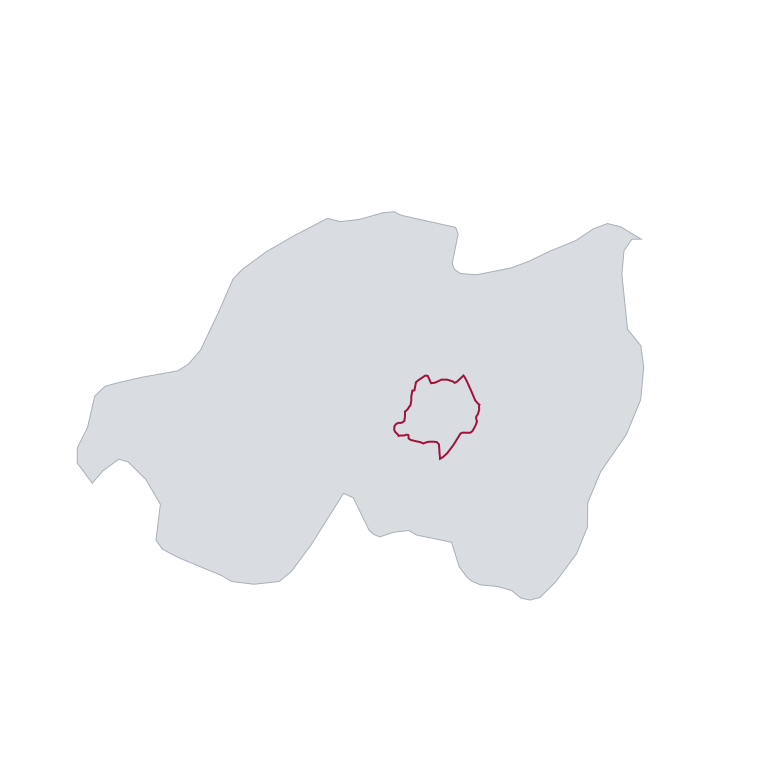 Kigali City on a map of Rwanda (Natural Earth projection), rotated 28°
{"feature_id": "RWA-3495", "entity_name": "Kigali City", "entity_type": "Province", "adm_level": 1, "iso_a3": "RWA", "parent_name": "Rwanda", "parent_adm1": "", "projection": "natural_earth1", "projection_center": [30.091, -1.927], "detail": "fine", "context": "in_parent", "style": "outline", "palette": "rose", "viewbox_px": 768, "rotation_deg": 28, "n_neighbors": 0, "source": "natural_earth", "source_scale": "10m", "svg_char_len": 2423}
<svg xmlns="http://www.w3.org/2000/svg" viewBox="0 0 768 768"><g transform="rotate(28 384 384)"><path d="M312.2,227.1L320.3,226.9L373.7,212.1L379.0,216.7L387.6,245.4L392.1,249.6L399.6,250.6L414.5,244.0L442.0,221.6L454.0,208.0L468.1,188.8L486.1,167.2L496.2,148.4L506.0,137.4L518.9,134.1L533.2,134.9L543.1,135.3L534.9,139.8L533.3,153.6L542.6,175.6L573.3,221.3L592.8,229.6L605.5,247.4L618.0,277.3L621.7,314.6L616.5,359.6L619.6,393.1L630.8,415.0L633.8,443.4L628.4,478.4L621.9,499.3L614.3,506.2L605.6,508.8L593.8,506.4L579.4,509.4L563.7,516.0L553.9,516.9L547.8,515.6L536.2,510.1L518.0,492.0L483.9,502.0L474.7,501.7L462.2,510.3L452.1,520.9L445.9,521.7L439.6,520.2L410.3,498.9L399.6,499.6L395.2,559.5L390.3,592.7L384.3,607.5L363.3,621.8L342.2,629.9L330.6,629.4L284.2,633.8L266.0,633.9L256.0,629.0L243.0,595.1L218.3,580.0L194.7,572.9L185.1,574.9L176.5,592.7L173.0,608.6L150.1,597.7L143.2,584.2L142.6,561.4L134.2,530.3L138.8,517.0L147.8,508.4L166.8,491.9L195.8,469.1L202.0,458.2L206.1,440.1L204.2,397.9L201.4,362.4L204.9,349.7L218.1,322.2L235.8,294.0L256.4,264.2L268.9,261.3L285.2,250.1L302.5,233.4L312.2,227.1Z" fill="#d9dde1" stroke="#a8b0b8" stroke-width="1"/><path d="M421.3,423.0L420.7,422.5L419.1,421.9L417.7,421.4L416.7,421.2L414.5,419.7L413.0,416.2L413.5,413.5L415.3,411.3L417.3,410.4L418.2,409.3L419.3,407.1L417.7,402.7L415.4,398.4L416.2,397.0L416.7,395.2L416.9,393.3L416.9,392.2L417.0,391.7L417.4,390.5L416.7,388.4L416.0,386.2L415.2,384.4L414.5,383.3L414.0,382.4L413.3,380.2L412.6,377.8L412.1,376.8L412.2,376.4L412.9,376.1L413.8,375.3L412.8,371.9L411.4,367.5L412.5,364.6L414.6,360.7L416.5,357.2L418.8,356.3L422.1,358.8L425.2,361.2L428.4,358.9L431.1,355.4L432.5,353.3L437.5,350.6L443.6,349.4L445.9,349.8L447.3,347.8L449.0,342.9L450.2,339.2L452.2,340.2L456.3,343.0L464.4,349.3L472.2,355.6L476.2,357.2L478.0,357.5L478.3,359.0L480.0,361.8L481.0,365.9L480.8,369.9L482.3,372.0L483.8,373.7L484.3,378.4L484.2,384.0L483.1,386.5L479.7,388.3L476.1,390.1L474.8,391.8L474.6,395.2L473.9,405.5L472.2,415.8L470.3,421.0L468.6,423.7L467.0,421.2L465.1,418.4L463.4,415.5L460.8,411.5L457.8,410.5L454.8,411.7L452.2,413.1L450.7,413.9L449.0,415.4L447.5,416.9L446.9,417.9L446.1,418.1L445.4,418.1L443.4,418.3L441.1,418.9L439.7,419.4L438.1,419.8L436.6,420.1L435.8,420.4L435.1,420.6L433.6,420.8L431.4,420.6L430.3,418.8L429.4,417.6L427.6,418.2L426.3,419.7L424.8,420.7L422.4,421.9L421.3,423.0Z" fill="none" stroke="#9f1239" stroke-width="2"/></g></svg>